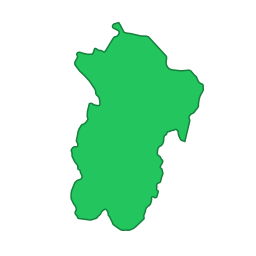 the border of Sukhothai, rotated 192°
{"feature_id": "THA-397", "entity_name": "Sukhothai", "entity_type": "Province", "adm_level": 1, "iso_a3": "THA", "parent_name": "Thailand", "parent_adm1": "", "projection": "natural_earth1", "projection_center": [99.709, 17.253], "detail": "fine", "context": "isolated", "style": "filled", "palette": "green", "viewbox_px": 256, "rotation_deg": 192, "n_neighbors": 0, "source": "natural_earth", "source_scale": "10m", "svg_char_len": 4684}
<svg xmlns="http://www.w3.org/2000/svg" viewBox="0 0 256 256"><g transform="rotate(192 128 128)"><path d="M168.8,144.5L167.6,144.2L167.1,143.9L166.5,143.7L165.9,143.6L163.9,143.5L161.3,143.8L160.8,144.1L160.5,144.7L160.4,145.5L161.0,147.9L162.5,151.4L162.8,151.8L163.1,152.2L163.5,152.6L164.6,153.1L165.1,153.4L166.0,154.0L166.6,155.0L167.6,157.9L167.9,158.4L168.2,158.8L175.2,165.7L181.5,170.3L186.6,173.3L192.6,178.4L193.0,178.8L193.2,179.3L193.6,180.5L193.7,181.1L193.2,183.1L192.4,185.5L192.2,186.7L192.3,187.7L193.0,188.6L193.3,189.0L193.5,189.6L193.4,190.4L193.0,191.1L191.7,191.9L190.9,192.1L190.1,192.0L188.9,191.8L183.4,191.7L180.9,192.1L178.6,192.8L178.1,193.3L177.7,194.1L177.4,195.9L177.3,197.9L177.2,198.5L176.9,198.9L176.1,199.0L175.5,198.9L174.9,198.7L173.6,198.0L173.3,197.9L172.7,197.9L171.0,198.2L170.4,198.2L167.4,197.4L166.8,197.5L165.9,199.1L161.2,212.5L160.3,214.2L158.8,214.9L157.9,215.5L157.2,216.3L156.9,217.0L156.6,217.7L156.4,219.1L156.6,220.1L157.2,220.9L157.9,221.3L163.3,222.8L163.7,223.1L164.1,223.6L164.3,224.2L164.4,224.9L163.9,226.1L163.4,226.8L159.0,229.2L156.4,226.5L155.1,224.7L154.0,223.5L152.3,221.3L151.7,220.9L150.8,220.6L148.1,220.6L145.3,220.9L134.5,220.7L129.6,221.6L128.9,221.6L127.7,221.5L126.8,221.3L105.9,206.5L105.5,206.1L105.1,205.6L104.8,204.4L104.7,203.7L104.6,201.5L104.4,200.1L104.3,199.4L103.8,198.3L103.6,197.8L102.6,196.5L101.8,195.7L100.9,195.0L100.2,194.6L98.5,194.2L96.5,194.1L88.2,194.9L80.2,197.3L78.3,196.8L73.9,193.4L72.8,193.0L71.9,192.3L71.2,191.5L69.8,189.4L68.6,187.9L68.1,187.6L67.7,187.3L67.2,187.0L64.1,186.2L63.7,185.9L63.4,185.2L62.8,182.8L62.5,182.0L62.3,181.0L62.4,180.0L63.8,175.4L64.1,174.3L64.4,170.8L64.1,166.0L63.7,164.5L63.7,163.7L63.9,162.7L66.7,156.9L67.0,156.5L69.1,154.7L69.8,153.8L70.1,153.2L70.4,152.6L70.5,151.5L70.5,150.7L70.0,149.7L69.5,149.1L69.2,148.6L69.1,146.1L69.6,126.6L73.1,127.1L73.6,127.3L74.3,127.8L76.6,130.8L77.2,131.9L78.0,134.1L78.7,135.5L79.5,136.1L80.8,136.7L81.5,136.4L82.0,136.1L82.3,135.7L82.7,135.3L83.2,135.1L84.4,134.8L85.5,134.3L86.2,133.5L86.6,133.2L88.2,132.6L88.7,132.2L88.9,131.7L89.0,130.3L89.2,129.7L89.5,129.3L89.9,128.9L90.4,128.5L90.8,127.7L90.9,127.0L91.0,126.2L90.5,122.7L90.5,121.2L90.8,119.9L91.0,119.3L91.3,118.7L91.9,117.8L92.7,117.0L93.1,116.7L93.6,116.2L94.0,115.5L94.3,114.4L94.5,112.8L94.4,111.8L94.0,109.2L93.8,108.6L93.5,108.2L93.1,107.8L92.6,107.5L90.9,106.8L90.5,106.5L90.1,106.2L89.2,104.7L88.8,104.3L87.8,103.8L87.4,103.4L87.1,103.0L87.1,102.1L87.2,100.8L88.1,98.3L88.3,97.0L88.3,96.1L87.9,95.8L86.9,95.2L86.5,94.9L86.1,94.5L85.1,92.3L84.8,91.9L84.5,91.2L84.4,90.3L85.0,85.8L85.0,82.7L85.2,82.0L85.5,81.4L85.9,81.1L87.1,80.3L87.8,79.6L88.1,78.8L88.1,78.1L87.6,76.3L87.5,75.7L87.4,74.3L87.2,73.7L86.8,73.3L85.7,72.8L85.3,72.5L85.1,72.0L85.4,67.8L85.5,66.9L85.8,66.2L86.1,65.8L86.6,65.5L87.1,65.4L87.7,65.5L88.3,65.7L88.9,65.9L89.5,66.0L90.3,65.6L90.5,65.0L90.5,64.4L90.1,63.2L90.0,62.3L90.0,61.1L90.2,58.8L90.5,57.7L90.9,57.0L91.9,55.9L92.5,55.1L93.5,53.5L93.8,52.5L93.8,51.7L93.7,50.8L93.7,49.7L94.3,46.4L94.3,45.4L93.4,42.6L99.7,33.4L101.9,30.8L105.0,28.6L105.6,28.3L106.2,28.1L106.8,28.1L107.4,28.0L108.9,27.7L111.1,27.0L111.9,26.9L112.7,26.8L114.0,27.0L115.7,27.6L122.1,30.4L122.5,30.7L122.9,31.1L123.8,32.5L127.5,37.3L128.8,38.3L129.2,38.7L129.4,39.3L129.8,40.5L130.0,41.1L130.3,41.6L130.6,42.1L131.1,42.6L131.6,43.1L132.7,43.8L133.4,43.8L134.0,43.6L134.4,43.2L136.2,41.0L136.4,40.5L137.1,38.0L137.4,37.5L139.0,35.2L139.8,33.6L140.2,33.1L140.8,32.7L142.6,31.8L144.5,30.6L145.3,30.3L146.1,30.1L157.8,29.2L158.7,30.0L159.6,31.4L160.1,31.8L160.5,32.0L161.0,32.4L161.4,32.7L161.7,33.2L162.0,33.7L162.2,34.4L162.2,35.1L161.8,36.4L161.6,37.3L161.8,38.3L162.4,39.5L162.9,40.2L163.4,40.7L165.4,42.5L168.8,46.9L169.1,47.6L170.0,52.1L170.1,53.3L170.1,55.0L168.8,62.6L168.6,63.5L168.2,64.1L167.3,65.5L166.9,65.9L166.5,66.3L164.2,67.7L163.4,68.4L163.1,68.9L162.8,69.4L162.8,70.2L162.9,71.1L163.6,72.4L165.2,74.5L165.8,76.1L166.2,76.5L166.6,76.8L167.2,77.0L167.8,77.1L168.2,77.4L168.6,78.0L168.9,78.8L169.2,80.3L169.6,81.0L170.1,81.5L171.1,82.2L173.2,84.0L176.5,88.3L176.8,88.8L177.3,90.4L177.5,91.7L177.8,92.4L178.2,93.1L178.8,94.0L178.9,94.7L178.7,95.7L177.9,97.3L177.2,98.1L176.5,98.5L175.2,98.7L174.6,98.8L174.1,99.1L173.8,99.4L173.6,99.7L173.5,100.2L173.5,101.0L174.0,102.2L174.4,102.9L174.8,103.4L175.3,103.8L175.6,104.2L175.9,105.3L175.9,111.5L176.1,113.5L176.0,114.8L175.7,116.7L174.7,119.6L174.2,120.9L173.7,121.7L172.1,122.6L171.7,123.0L170.7,124.3L170.1,125.3L169.2,127.6L169.1,128.2L169.2,128.9L170.0,130.1L170.4,131.3L171.1,135.7L170.9,143.6L169.9,144.3L169.4,144.4L168.8,144.5Z" fill="#22c55e" stroke="#15803d" stroke-width="1.5"/></g></svg>